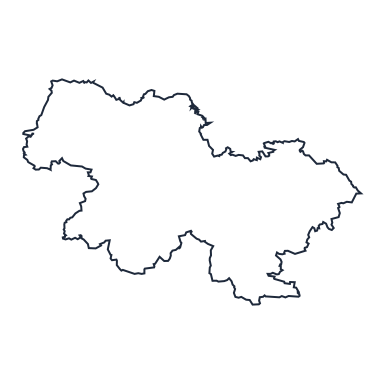 the district of Ballymote-Tobercurry Lea-7, Sligo, Ireland
{"feature_id": "5873133B63806445794843", "entity_name": "Ballymote-Tobercurry Lea-7", "entity_type": "district", "adm_level": 2, "iso_a3": "IRL", "parent_name": "Ireland", "parent_adm1": "Sligo", "projection": "albers", "projection_center": [-8.685, 54.105], "detail": "fine", "context": "isolated", "style": "outline", "palette": "slate", "viewbox_px": 384, "rotation_deg": 0, "n_neighbors": 0, "source": "geoboundaries", "source_scale": "gbopen_adm2", "svg_char_len": 5922}
<svg xmlns="http://www.w3.org/2000/svg" viewBox="0 0 384 384"><path d="M298.0,139.1L294.7,141.4L291.9,141.0L289.2,142.0L284.5,141.2L282.6,142.2L282.7,142.8L279.4,141.4L277.7,142.2L275.8,141.3L273.8,141.5L273.8,143.5L273.1,143.9L272.1,142.8L271.1,143.3L268.4,141.8L264.2,143.1L263.8,143.4L265.1,146.5L264.4,146.7L264.7,147.7L274.7,149.9L273.3,150.7L273.3,151.8L268.4,153.0L269.2,154.4L269.2,155.7L268.0,156.4L265.5,156.4L262.3,151.4L258.7,151.8L259.5,153.9L259.3,155.6L261.0,157.1L260.3,159.2L256.9,157.7L256.8,160.1L253.7,159.2L252.8,160.5L250.6,161.3L247.9,158.1L244.9,158.1L243.0,155.4L238.6,154.9L235.7,155.9L232.4,154.7L230.8,155.1L229.3,153.6L232.2,151.9L230.7,151.8L230.2,148.9L227.7,147.3L226.0,148.3L226.3,149.2L225.4,151.5L222.8,152.9L221.7,154.7L219.5,155.0L219.3,156.1L217.5,155.6L214.1,156.6L212.2,153.7L213.0,149.9L209.1,146.0L207.5,139.8L203.4,139.8L200.7,134.5L201.0,134.0L199.2,131.5L199.8,128.0L200.9,127.4L201.0,126.3L201.9,127.7L202.9,127.2L204.1,125.0L207.0,125.0L210.5,122.7L205.7,123.0L205.5,118.9L204.9,119.2L204.9,118.4L203.8,117.6L203.1,118.4L202.7,117.3L203.1,118.2L203.3,117.5L202.4,117.1L203.0,116.5L202.1,115.7L197.5,114.2L198.4,111.6L196.3,111.2L195.9,112.6L194.6,113.8L195.2,112.9L195.2,110.9L197.7,109.7L193.2,108.6L192.1,107.3L191.3,108.1L191.6,107.0L190.3,106.3L192.0,105.2L193.0,106.2L192.5,104.5L194.0,105.8L193.2,105.6L193.1,106.8L195.7,106.7L197.0,108.8L197.5,108.2L193.5,104.8L191.9,102.5L191.6,100.7L190.1,99.6L190.1,98.2L188.9,96.1L186.6,94.3L177.4,93.7L173.9,95.1L172.7,96.8L168.9,97.3L164.2,99.6L158.8,96.8L153.8,96.1L154.4,90.9L151.5,90.0L147.8,91.2L145.4,93.9L143.9,94.3L143.1,96.4L143.5,97.4L142.0,97.8L142.5,98.2L141.4,98.8L140.9,100.5L136.9,102.8L134.3,102.2L133.5,104.2L129.5,105.4L123.5,102.8L123.5,102.1L123.1,102.6L120.2,100.0L119.4,97.1L119.2,98.9L116.3,99.8L114.1,96.2L113.2,96.1L113.7,96.0L113.3,95.3L111.6,96.6L109.3,94.7L106.2,93.7L102.6,87.6L93.4,82.9L93.0,82.4L93.5,81.6L91.0,82.9L88.4,80.5L86.7,82.4L84.6,82.1L83.9,83.5L84.2,82.4L83.3,81.0L79.4,82.8L74.0,80.6L70.3,82.4L62.0,79.4L57.2,81.3L52.7,80.6L51.2,81.4L52.6,85.3L51.6,87.9L49.6,89.0L51.5,90.7L51.8,92.8L48.4,96.8L48.0,99.9L44.2,107.0L41.3,115.1L39.5,116.2L38.3,118.8L38.4,119.9L36.9,121.1L36.8,124.2L36.2,124.1L37.1,124.2L37.6,127.3L33.6,129.8L25.0,131.2L23.3,133.0L23.3,134.0L31.3,135.7L32.4,133.6L34.1,133.8L32.7,133.8L30.6,136.8L28.7,136.3L26.1,138.6L27.1,141.2L26.6,144.6L27.3,146.7L24.0,147.1L23.0,149.0L23.5,151.0L24.6,152.4L23.9,153.2L25.5,154.7L24.0,155.0L23.8,157.3L27.3,159.9L28.2,162.1L34.5,165.7L34.7,166.6L33.5,168.2L35.6,169.6L38.9,169.5L40.8,167.7L47.1,168.2L50.4,169.7L50.1,168.9L50.6,168.8L50.8,165.3L52.0,164.4L51.3,162.9L51.8,161.4L55.7,161.2L58.1,163.6L59.0,163.6L60.0,162.6L59.3,161.0L62.0,158.2L63.3,161.0L70.8,165.4L82.0,166.5L85.6,168.6L91.5,169.6L90.5,172.3L87.9,172.3L88.9,175.3L88.5,176.0L91.9,176.5L91.1,178.3L91.4,179.0L95.9,180.0L97.8,183.1L98.3,184.3L96.0,188.1L91.9,191.3L86.1,191.9L83.5,193.5L84.1,196.2L85.6,198.8L85.1,201.1L79.9,203.1L81.2,206.4L81.5,210.6L79.4,210.8L75.4,213.4L72.3,217.3L70.3,217.8L69.0,219.4L67.4,219.3L66.2,220.8L66.4,222.2L64.7,222.7L64.3,224.3L64.5,228.3L63.7,229.5L64.7,231.1L64.0,233.6L65.9,235.3L65.0,235.8L65.0,236.8L62.8,237.4L63.0,238.6L65.6,239.4L69.0,238.3L71.3,239.6L75.1,237.8L77.7,239.2L80.2,237.6L80.5,236.8L79.6,235.4L80.7,235.2L81.5,235.9L81.6,238.4L83.7,239.5L87.9,244.0L88.8,248.1L95.7,248.4L101.0,245.5L100.0,244.1L104.3,242.4L105.6,240.7L109.7,240.3L107.8,249.4L110.5,254.7L111.4,255.0L110.6,258.5L112.0,260.2L116.4,259.6L116.9,260.7L116.8,265.1L119.9,269.1L121.4,270.6L122.8,269.9L134.6,273.9L138.3,273.2L141.6,273.9L144.4,273.4L144.4,269.3L144.9,268.6L154.1,267.4L154.4,266.3L153.7,264.1L155.1,263.8L159.6,256.8L164.2,261.0L168.1,260.9L169.8,258.6L170.8,255.6L170.6,253.2L172.5,250.6L175.8,249.9L179.1,247.0L179.4,248.1L180.1,247.6L181.4,242.9L180.5,241.8L178.9,236.3L185.1,235.1L186.2,232.4L191.0,230.8L191.6,231.7L190.7,232.7L191.0,234.0L196.6,238.7L199.1,239.6L201.0,241.6L204.9,241.0L204.9,241.8L207.9,243.9L213.2,246.1L210.8,250.3L211.0,255.4L209.8,258.1L209.7,260.4L210.8,265.6L209.8,267.5L209.4,273.2L210.9,274.1L212.5,280.8L216.6,280.7L218.4,281.6L224.2,281.1L227.1,280.1L229.1,278.2L231.6,281.3L232.6,284.6L234.4,286.3L234.1,287.3L235.1,289.0L233.9,292.9L235.4,296.9L238.6,297.7L241.3,296.9L246.1,299.7L249.7,300.0L252.6,304.6L258.9,304.3L260.0,303.3L259.1,300.7L259.8,297.2L263.1,296.8L264.6,295.4L265.6,296.4L279.4,297.3L281.8,296.1L285.4,297.4L288.6,296.0L298.5,296.7L299.6,295.8L299.3,294.2L298.6,293.7L298.8,292.8L297.8,292.8L297.7,291.2L298.2,291.2L296.2,287.7L293.8,287.3L294.7,282.2L290.1,282.0L289.9,283.9L284.6,283.2L284.2,281.7L274.3,278.9L274.0,278.3L274.6,276.6L268.6,275.8L267.7,273.9L270.5,273.9L272.8,272.8L276.8,274.4L278.8,274.1L280.1,271.7L282.5,270.2L280.8,269.2L280.8,266.1L279.6,265.9L280.3,264.3L281.2,264.2L281.6,261.9L280.5,259.4L276.0,255.5L277.0,252.5L279.1,253.9L282.3,254.3L284.6,253.7L284.2,252.5L284.9,250.9L287.9,250.8L295.0,253.9L305.5,250.7L304.6,248.9L304.8,247.8L307.0,247.1L308.6,243.6L306.5,242.4L307.3,239.5L309.2,237.3L308.2,234.9L309.7,231.3L312.5,227.1L314.3,228.2L315.2,231.2L317.1,230.6L317.7,228.1L319.2,228.3L318.7,225.9L319.8,224.5L322.5,224.0L323.2,222.0L326.1,223.7L327.5,227.3L328.9,228.9L331.8,230.0L333.7,228.0L331.5,224.7L332.3,222.7L331.5,219.0L338.6,217.1L339.8,213.1L338.1,208.0L339.4,207.2L339.3,206.4L338.1,203.9L341.5,202.9L343.3,203.3L346.8,201.8L351.8,202.4L356.3,193.6L361.0,193.4L357.8,190.6L355.8,187.3L354.3,187.5L353.1,186.5L353.1,185.7L351.4,184.0L351.1,181.7L349.4,180.6L346.1,174.8L343.5,174.5L339.2,170.8L338.7,168.0L337.4,167.2L337.5,165.8L335.2,162.4L331.4,162.3L327.0,159.8L326.2,161.4L323.9,161.2L324.1,163.0L323.7,163.4L316.7,163.8L309.0,155.4L305.5,155.4L303.9,154.0L303.0,151.3L302.2,150.7L300.4,151.8L299.7,150.7L299.8,149.8L303.0,147.2L304.5,142.9L303.8,142.0L298.9,140.9L298.0,139.1Z" fill="none" stroke="#1e293b" stroke-width="2"/></svg>